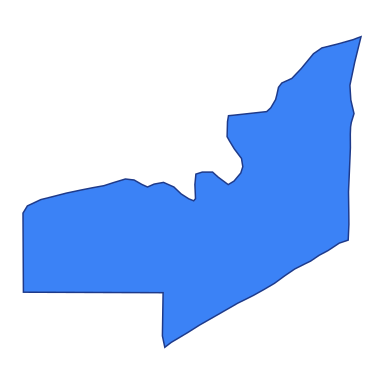 Kampong Cham, Kâmpóng Cham, Cambodia (Natural Earth projection)
{"feature_id": "14789045B1741124947579", "entity_name": "Kampong Cham", "entity_type": "district", "adm_level": 2, "iso_a3": "KHM", "parent_name": "Cambodia", "parent_adm1": "Kâmpóng Cham", "projection": "natural_earth1", "projection_center": [105.447, 11.989], "detail": "fine", "context": "isolated", "style": "filled", "palette": "blue", "viewbox_px": 384, "rotation_deg": 0, "n_neighbors": 0, "source": "geoboundaries", "source_scale": "gbopen_adm2", "svg_char_len": 1117}
<svg xmlns="http://www.w3.org/2000/svg" viewBox="0 0 384 384"><path d="M348.2,240.1L348.9,224.3L348.8,213.3L348.5,191.7L349.5,169.0L350.4,147.8L350.3,134.1L350.6,126.8L351.3,122.5L354.0,113.6L350.8,99.9L349.9,85.3L354.7,62.3L361.0,36.7L357.1,38.1L353.3,39.6L337.3,44.1L321.9,47.9L313.5,53.7L301.3,68.5L291.9,78.4L281.8,83.0L278.5,87.3L276.9,94.6L275.6,99.6L270.8,107.8L266.7,111.6L233.7,115.2L228.5,115.7L227.5,121.6L227.1,136.7L229.4,140.8L234.3,148.9L241.5,158.5L242.8,166.7L240.8,173.0L234.0,181.1L228.2,184.6L218.1,177.1L212.6,172.1L202.2,172.1L195.9,174.1L194.9,184.5L195.5,198.7L193.7,200.8L188.7,198.8L181.1,193.9L173.9,187.0L163.5,182.4L154.1,184.1L147.5,187.0L141.8,184.4L134.1,180.0L125.4,179.0L113.5,182.6L103.9,185.7L93.3,187.6L81.1,190.0L66.4,193.1L54.4,196.2L40.8,199.6L27.4,205.9L23.0,213.1L23.4,292.2L163.1,292.7L162.4,335.9L164.8,347.3L171.2,342.4L188.6,332.0L199.3,325.2L223.8,311.2L237.5,303.3L253.4,295.4L263.6,289.7L274.5,283.3L285.0,275.6L294.7,269.0L304.0,264.3L307.5,262.6L310.6,261.1L319.1,255.3L327.8,250.7L339.3,243.1L348.2,240.1Z" fill="#3b82f6" stroke="#1e3a8a" stroke-width="1.5"/></svg>